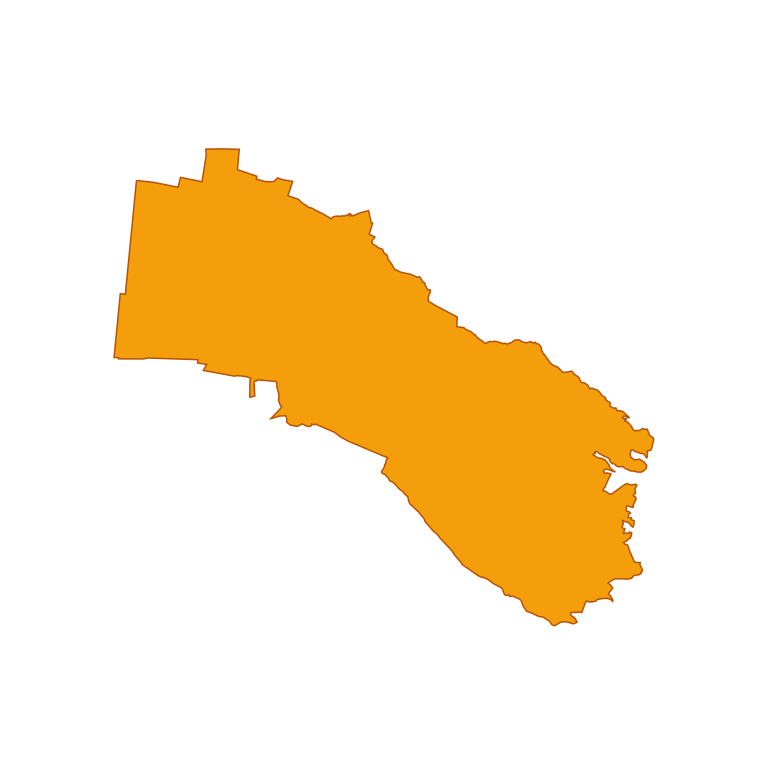 the district of Breaza, Buzau, Romania, rotated 125°
{"feature_id": "2599482B77763145054597", "entity_name": "Breaza", "entity_type": "district", "adm_level": 2, "iso_a3": "ROU", "parent_name": "Romania", "parent_adm1": "Buzau", "projection": "equal_earth", "projection_center": [26.528, 45.111], "detail": "fine", "context": "isolated", "style": "filled", "palette": "amber", "viewbox_px": 768, "rotation_deg": 125, "n_neighbors": 0, "source": "geoboundaries", "source_scale": "gbopen_adm2", "svg_char_len": 6107}
<svg xmlns="http://www.w3.org/2000/svg" viewBox="0 0 768 768"><g transform="rotate(125 384 384)"><path d="M517.2,620.3L514.7,616.6L515.7,615.9L501.7,595.8L496.5,590.4L496.5,589.8L470.8,550.4L473.7,548.9L469.7,540.4L476.5,539.8L463.4,511.1L461.5,509.2L458.5,504.2L456.7,500.4L455.7,496.4L457.9,495.9L471.8,486.4L468.0,482.9L457.1,491.5L455.0,491.5L454.9,490.4L453.0,489.7L443.8,473.9L444.3,472.9L448.0,469.9L452.1,464.9L455.7,462.0L457.7,461.3L460.5,457.4L460.9,456.5L460.8,455.1L464.4,454.8L477.2,456.9L474.3,454.3L470.6,451.7L466.4,446.4L467.0,445.7L467.3,444.6L471.1,441.7L471.4,436.9L470.2,435.4L470.2,434.1L469.3,433.0L469.0,431.6L467.6,430.2L463.7,428.2L463.0,424.1L462.3,421.7L461.6,420.8L460.2,419.8L459.1,419.7L458.3,420.2L457.7,418.3L456.9,417.4L456.2,417.4L452.0,397.1L452.3,388.7L451.3,380.1L442.3,338.5L444.7,338.7L448.0,337.2L449.4,337.2L452.3,336.1L457.5,335.7L458.0,334.5L458.2,333.3L457.8,332.5L457.6,330.3L458.2,328.9L458.3,327.3L459.9,324.2L460.0,322.7L459.4,321.9L459.4,319.8L461.2,311.3L461.4,306.7L462.3,303.9L462.7,299.8L466.2,296.2L467.4,293.5L469.1,281.7L470.3,278.1L471.2,274.2L473.2,271.3L476.2,259.3L476.5,254.5L478.3,248.8L481.4,233.7L483.9,226.9L486.2,217.9L487.1,216.4L487.0,196.5L486.6,193.9L485.8,192.7L484.5,187.2L484.8,180.2L483.6,170.8L484.1,169.4L487.0,165.2L487.4,163.8L486.8,162.2L484.9,160.9L485.8,159.3L485.6,158.5L484.3,157.6L483.8,156.7L483.2,152.5L482.4,150.1L482.8,147.3L486.3,142.4L488.4,136.7L487.2,132.9L485.6,123.8L483.8,120.2L483.4,112.6L484.8,108.8L484.8,107.9L484.1,105.5L478.4,103.0L477.0,101.9L475.1,99.6L473.8,97.2L472.0,91.6L471.0,90.7L468.3,89.3L466.4,93.1L466.1,94.5L466.5,96.4L465.9,99.0L464.1,99.9L458.2,92.3L457.8,90.9L447.7,93.6L445.6,93.7L445.2,91.8L444.6,90.5L442.8,88.2L440.0,85.7L438.5,85.9L436.7,84.3L433.9,81.4L431.8,78.5L430.7,75.6L430.5,73.6L431.0,72.2L429.8,72.4L427.5,77.5L427.4,79.6L425.4,79.9L420.9,79.6L419.5,80.0L419.5,81.2L418.6,83.8L418.7,86.0L418.2,86.2L413.5,84.4L410.8,82.7L403.7,72.1L401.4,69.9L397.3,69.3L393.9,65.6L391.1,64.7L390.8,65.6L388.7,65.1L387.6,66.3L385.1,71.0L383.3,71.6L386.3,76.5L379.8,87.2L376.9,91.0L376.2,92.4L377.1,95.4L376.4,96.8L372.5,95.0L369.8,94.7L369.2,93.9L366.7,94.3L366.2,94.8L364.0,95.5L364.4,98.0L366.3,98.0L367.1,100.0L368.9,102.2L364.3,103.8L365.1,105.3L365.0,106.3L364.5,107.1L363.8,107.4L361.3,107.5L359.7,110.0L358.8,110.1L358.4,107.2L357.3,105.3L357.6,101.8L358.2,100.8L358.6,98.5L358.3,97.9L356.5,98.3L352.5,100.7L353.3,103.4L351.7,104.5L352.7,106.1L353.0,107.2L352.7,107.8L350.3,108.9L348.7,108.1L348.3,108.4L348.1,110.2L349.1,112.4L347.4,114.1L345.0,115.3L344.3,114.7L342.3,109.3L341.4,109.5L340.9,110.1L333.5,111.6L332.4,113.3L332.5,115.0L331.9,116.1L329.5,115.3L328.6,115.6L327.7,116.8L325.9,118.3L321.8,118.8L321.7,119.9L322.1,120.7L324.9,123.4L326.4,127.9L327.9,129.1L342.7,134.1L344.8,135.6L344.8,141.0L345.7,143.4L345.0,144.0L341.4,143.9L334.4,145.4L327.6,146.4L327.5,147.2L328.1,148.0L328.7,150.1L330.6,151.8L329.5,154.3L327.7,154.5L326.4,153.2L325.3,150.7L323.8,144.9L323.5,144.7L323.3,149.7L322.3,152.0L321.4,152.8L319.2,159.7L320.0,161.0L319.8,162.3L322.0,167.0L321.9,172.2L320.3,171.9L319.6,171.0L318.3,172.1L317.4,171.1L317.1,169.8L317.7,167.5L317.3,166.9L317.1,163.4L316.1,159.3L316.1,157.1L316.3,156.1L317.8,154.4L318.1,153.5L318.1,150.7L317.4,149.6L317.3,148.4L317.9,146.9L317.0,143.8L314.9,141.6L314.6,136.3L313.6,131.7L311.8,129.0L311.1,126.4L308.6,122.7L305.7,121.3L302.6,120.8L300.0,122.1L298.9,125.8L299.1,131.6L302.1,134.8L302.4,135.4L302.5,138.7L302.1,140.2L299.6,142.6L296.6,143.5L295.3,142.4L295.0,141.6L295.5,139.7L294.5,137.6L293.7,134.0L292.7,132.3L292.3,130.6L293.9,126.5L292.8,126.5L289.8,128.3L288.2,129.8L287.4,129.6L285.9,128.0L284.4,127.4L275.1,131.0L273.7,132.3L273.7,136.7L270.1,142.5L271.7,144.7L272.1,146.7L274.5,147.4L276.0,148.4L276.4,149.7L278.0,150.9L278.6,152.6L278.4,154.3L277.1,156.3L275.6,160.8L276.0,162.0L275.2,163.2L276.3,165.5L275.4,165.9L273.8,165.4L273.4,165.8L275.0,167.7L274.8,169.4L273.1,169.4L272.0,168.2L271.6,165.1L271.1,163.9L270.7,164.1L269.5,172.9L272.1,178.3L270.6,180.4L272.1,182.0L272.5,185.5L272.3,186.6L271.5,187.2L270.1,187.3L269.6,188.3L269.9,192.7L268.5,194.2L268.1,195.7L268.4,198.2L266.7,204.3L266.7,206.3L267.9,209.6L268.0,211.3L270.0,212.8L268.1,216.0L268.1,220.4L268.9,221.7L269.3,223.4L268.4,226.1L267.2,227.1L266.7,229.5L266.9,233.9L265.8,236.9L266.3,238.3L268.4,240.0L271.9,244.1L270.5,251.2L271.4,254.6L271.7,258.1L270.0,263.8L267.7,270.3L267.6,271.7L266.5,272.8L266.1,274.2L263.3,276.9L262.8,280.1L262.9,281.8L263.7,282.5L263.0,283.8L263.4,284.5L264.9,285.0L265.2,286.0L264.9,287.0L265.3,288.3L268.6,291.0L270.2,295.0L270.2,298.2L272.7,301.9L277.3,303.5L278.4,304.7L280.3,305.5L281.0,306.8L280.9,307.9L282.2,308.9L283.5,312.2L284.0,314.8L285.4,317.8L286.0,318.5L287.0,319.0L288.4,321.6L290.9,323.5L292.3,323.7L292.7,324.8L292.4,329.8L292.7,331.5L292.3,333.2L292.5,334.5L291.3,338.0L292.0,338.6L291.3,341.3L291.5,343.9L292.2,347.0L292.4,349.7L292.0,350.7L295.3,357.4L287.1,362.3L290.4,388.7L290.6,395.8L289.4,396.1L286.6,397.9L282.3,398.7L280.5,399.9L280.4,400.3L281.2,401.1L281.5,402.6L280.2,405.5L277.7,409.0L278.2,409.8L277.9,411.1L275.9,415.9L275.9,416.4L277.5,418.1L278.7,424.7L282.7,434.1L284.0,441.1L281.3,446.9L279.7,451.7L276.8,455.3L276.6,459.4L274.6,462.3L274.9,464.5L275.7,466.6L275.4,469.5L275.8,472.1L275.4,475.2L273.1,475.8L268.8,475.8L269.9,482.0L258.7,485.6L259.4,486.8L250.8,496.1L256.5,501.0L264.5,506.3L264.2,506.8L265.3,507.9L264.0,508.4L263.8,509.0L264.2,510.0L265.0,510.3L266.4,509.8L266.8,510.0L266.6,511.2L268.8,512.4L271.0,515.6L272.4,516.5L272.7,518.0L275.2,520.7L276.9,521.7L278.9,522.0L279.6,531.5L280.5,535.7L280.4,537.8L281.3,540.4L281.1,541.1L281.2,543.7L282.5,546.8L282.4,551.2L282.7,555.5L282.3,556.2L282.2,557.7L281.7,559.8L284.9,570.7L270.4,575.0L274.8,584.2L276.2,589.4L281.4,590.4L286.1,596.9L289.4,606.1L286.8,607.3L287.0,608.1L292.5,627.0L274.8,637.2L283.8,650.8L293.8,664.7L298.3,661.0L322.7,649.1L331.5,669.2L341.0,665.6L350.7,687.8L358.4,702.0L359.6,703.3L458.1,647.8L458.8,647.4L461.3,651.8L517.2,620.3Z" fill="#f59e0b" stroke="#b45309" stroke-width="1.5"/></g></svg>